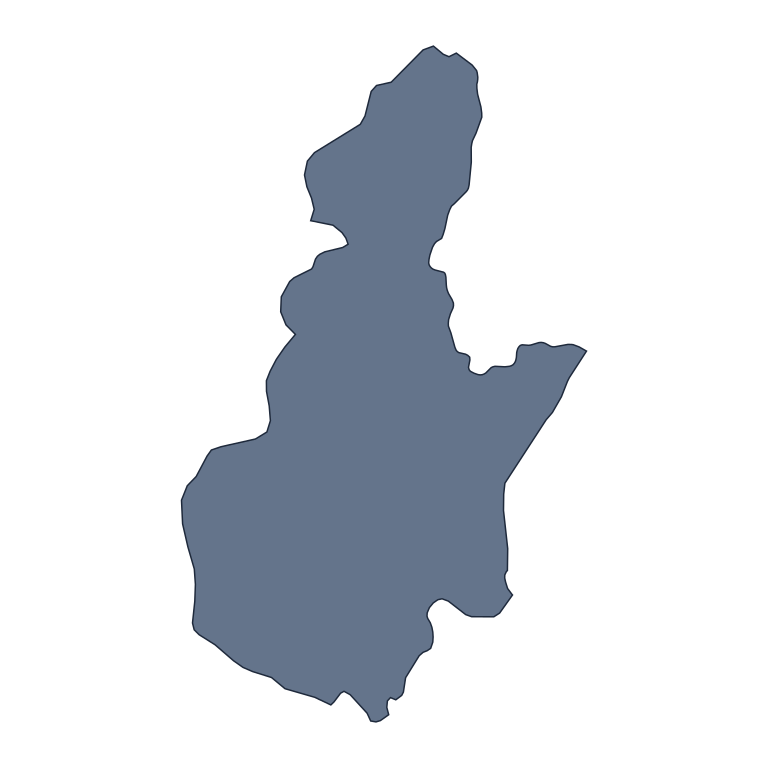 outline of Brescia
{"feature_id": "ITA-5445", "entity_name": "Brescia", "entity_type": "Province", "adm_level": 1, "iso_a3": "ITA", "parent_name": "Italy", "parent_adm1": "", "projection": "orthographic", "projection_center": [10.383, 45.779], "detail": "fine", "context": "isolated", "style": "filled", "palette": "slate", "viewbox_px": 768, "rotation_deg": 0, "n_neighbors": 0, "source": "natural_earth", "source_scale": "10m", "svg_char_len": 3379}
<svg xmlns="http://www.w3.org/2000/svg" viewBox="0 0 768 768"><path d="M195.2,590.1L195.2,589.7L195.4,584.4L194.3,569.0L187.9,546.9L182.6,523.9L181.5,500.2L187.3,485.7L196.2,476.5L207.1,456.0L211.4,450.0L220.8,446.8L229.1,444.9L255.4,439.0L266.9,432.0L270.4,420.7L269.2,405.9L266.5,391.3L266.4,380.7L270.1,371.3L276.1,359.8L277.4,357.8L284.9,347.0L295.4,334.4L286.0,324.9L280.7,311.8L281.3,296.8L289.7,281.5L294.1,277.7L311.6,269.0L313.0,266.7L315.5,259.1L317.4,256.3L319.8,254.3L324.9,251.8L342.7,247.5L348.1,244.2L345.9,238.1L342.0,232.6L333.0,225.2L310.7,220.7L314.2,209.3L311.5,198.1L306.9,186.8L304.5,175.0L307.4,161.1L314.5,152.6L360.3,124.3L365.0,116.0L371.2,91.4L376.5,85.5L391.2,82.2L423.1,49.9L433.4,46.1L443.3,54.3L449.0,56.7L456.3,53.1L472.2,65.1L476.6,70.6L477.2,72.7L477.8,77.2L477.7,79.6L477.4,81.9L476.8,84.2L476.9,88.4L477.6,94.2L480.9,106.9L481.7,113.0L481.8,117.2L476.0,133.2L472.5,140.6L471.8,143.5L471.2,147.3L471.3,162.2L469.1,184.9L468.4,188.2L467.5,190.0L466.4,191.5L454.3,203.7L451.5,206.1L449.7,209.7L447.7,215.2L444.9,228.6L443.1,234.6L441.6,238.4L436.5,241.5L434.5,243.7L432.5,247.3L429.9,255.0L429.0,259.5L428.7,263.0L429.2,265.0L430.2,266.7L431.5,268.1L433.1,269.2L435.1,270.0L443.6,272.2L444.8,273.2L445.4,274.6L445.9,277.2L446.3,284.9L446.6,287.6L447.1,289.8L447.8,291.8L448.6,293.7L452.0,299.5L453.4,303.0L453.5,305.7L453.0,308.0L450.4,313.8L448.6,319.7L448.3,323.3L448.4,326.1L450.9,332.9L454.9,347.3L456.1,350.1L457.2,351.5L458.8,352.6L465.6,354.2L467.7,355.3L469.7,357.2L469.9,360.0L468.5,367.3L469.1,369.7L470.4,371.3L474.0,373.2L478.0,374.6L480.2,374.9L482.2,374.7L484.1,374.0L485.8,373.0L491.2,367.6L492.9,366.8L495.0,366.3L504.9,366.8L509.5,366.3L511.4,365.7L513.1,364.7L514.4,363.2L515.4,361.4L516.0,359.4L516.4,357.3L516.7,352.5L517.2,350.4L517.9,348.4L519.0,346.7L520.3,345.4L522.1,344.8L528.7,345.3L530.9,345.0L538.9,342.6L541.1,342.4L543.3,342.7L545.3,343.4L550.6,346.3L552.6,346.8L554.8,346.8L568.0,344.4L571.7,344.5L573.2,344.7L579.1,346.9L586.5,351.1L569.3,377.7L567.4,381.5L561.4,396.8L552.4,412.5L546.2,419.7L504.9,483.2L503.7,494.2L503.5,510.5L507.7,548.6L507.4,570.6L506.4,571.5L504.8,574.9L504.7,578.0L505.6,582.1L507.6,588.5L512.3,594.8L512.5,595.0L499.6,613.1L493.8,616.8L471.6,616.7L465.7,614.6L448.3,601.1L442.1,598.8L437.9,599.7L433.3,602.9L429.4,607.6L427.2,612.8L427.0,616.1L427.7,618.4L430.3,622.8L431.9,627.3L432.8,632.1L433.1,637.0L432.8,642.1L430.7,648.3L427.2,650.7L423.1,652.3L419.2,655.7L405.6,677.7L403.4,692.1L401.7,695.4L395.8,699.8L390.5,697.6L387.4,700.9L386.8,707.4L388.7,714.7L380.4,720.6L376.0,721.9L370.7,721.0L367.1,713.2L350.2,694.7L344.0,691.3L340.6,693.2L334.0,701.9L330.9,704.9L330.7,704.9L330.4,704.7L330.2,704.6L329.8,704.4L329.5,704.3L329.2,704.2L328.9,704.0L328.6,703.8L328.2,703.7L327.8,703.5L327.5,703.3L327.1,703.1L326.6,702.9L326.2,702.7L325.8,702.5L325.3,702.3L324.9,702.1L324.4,701.9L323.9,701.6L323.5,701.4L323.0,701.2L322.5,701.0L322.1,700.7L321.6,700.5L321.1,700.3L320.7,700.1L320.2,699.9L319.8,699.7L319.3,699.5L318.9,699.3L318.5,699.1L318.1,698.9L317.8,698.7L317.4,698.5L317.1,698.4L316.8,698.2L316.5,698.1L316.2,698.0L316.0,697.8L315.8,697.7L315.6,697.7L315.4,697.6L315.2,697.5L315.1,697.4L285.0,688.7L271.5,677.5L252.7,671.6L243.0,667.4L233.6,660.8L215.1,644.8L199.1,634.7L194.2,629.8L192.5,623.0L194.8,601.2L195.2,590.1Z" fill="#64748b" stroke="#1e293b" stroke-width="1.5"/></svg>